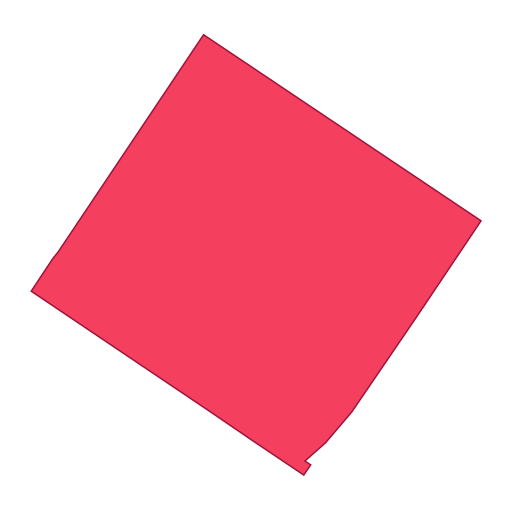 the district of Neshoba, Mississippi, United States of America, rotated 124°
{"feature_id": "52423323B8433965475447", "entity_name": "Neshoba", "entity_type": "district", "adm_level": 2, "iso_a3": "USA", "parent_name": "United States of America", "parent_adm1": "Mississippi", "projection": "natural_earth1", "projection_center": [-89.019, 32.754], "detail": "fine", "context": "isolated", "style": "filled", "palette": "rose", "viewbox_px": 512, "rotation_deg": 124, "n_neighbors": 0, "source": "geoboundaries", "source_scale": "gbopen_adm2", "svg_char_len": 368}
<svg xmlns="http://www.w3.org/2000/svg" viewBox="0 0 512 512"><g transform="rotate(124 256 256)"><path d="M410.9,422.7L410.7,207.4L411.0,156.3L411.0,149.0L410.9,93.9L406.1,93.9L398.6,93.8L398.6,100.8L372.0,93.9L331.8,89.4L216.4,88.8L101.0,89.1L101.7,354.8L101.9,423.2L363.2,422.3L371.4,423.0L410.9,422.7Z" fill="#f43f5e" stroke="#9f1239" stroke-width="1.5"/></g></svg>